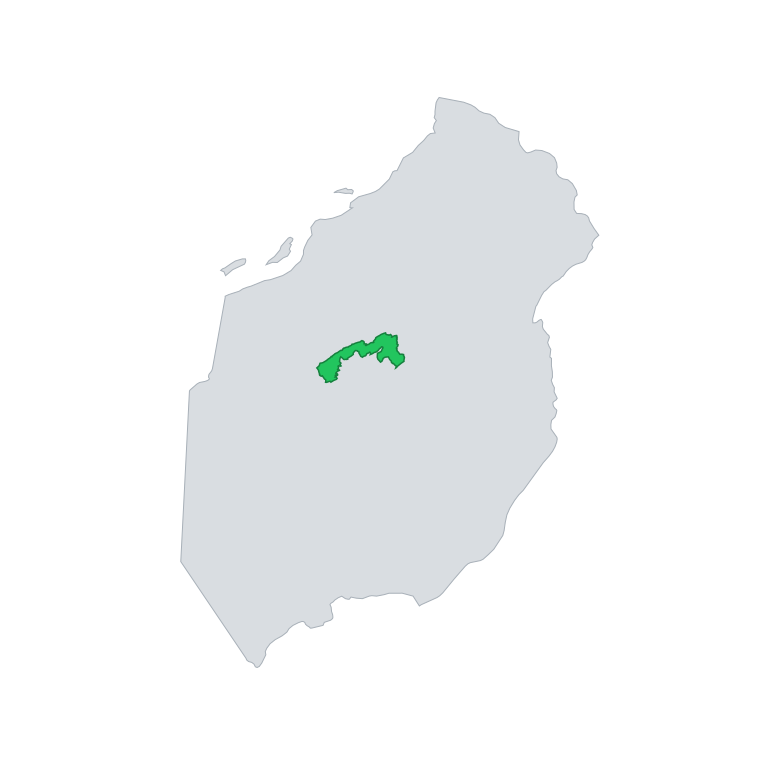 location of Chamwino, Dodoma, United Republic of Tanzania, rotated 236°
{"feature_id": "72390352B28140161055022", "entity_name": "Chamwino", "entity_type": "district", "adm_level": 2, "iso_a3": "TZA", "parent_name": "United Republic of Tanzania", "parent_adm1": "Dodoma", "projection": "equal_earth", "projection_center": [35.821, -6.232], "detail": "fine", "context": "in_parent", "style": "filled", "palette": "green", "viewbox_px": 768, "rotation_deg": 236, "n_neighbors": 0, "source": "geoboundaries", "source_scale": "gbopen_adm2", "svg_char_len": 9380}
<svg xmlns="http://www.w3.org/2000/svg" viewBox="0 0 768 768"><g transform="rotate(236 384 384)"><path d="M311.6,537.2L305.5,533.0L300.0,530.4L295.5,527.5L293.5,524.7L289.3,523.6L285.7,523.2L282.3,520.6L275.3,519.6L274.6,517.9L274.4,514.0L273.2,513.0L270.7,512.0L268.0,512.1L266.3,512.6L265.3,512.4L263.1,510.1L261.0,507.2L260.2,502.6L257.0,499.6L253.3,497.3L243.1,497.5L241.5,496.8L239.1,494.5L236.3,490.6L234.0,486.2L231.9,480.3L229.8,472.2L218.0,440.0L216.8,433.9L214.5,427.2L210.7,418.9L206.8,412.7L201.4,407.1L195.3,401.6L192.0,397.8L185.6,382.6L184.3,375.5L183.3,368.2L183.7,365.2L187.6,355.7L188.0,353.0L187.5,349.4L185.5,341.9L183.0,332.7L178.0,316.0L177.3,311.8L177.3,308.6L180.2,291.6L180.2,289.2L191.9,289.5L200.4,282.1L207.8,271.0L209.3,266.3L212.3,259.2L215.3,255.6L216.4,253.2L218.1,246.1L222.0,241.2L225.8,237.5L225.0,234.9L225.6,233.9L227.6,232.0L231.7,230.3L232.4,226.6L232.4,222.4L231.8,220.0L231.9,217.3L231.3,215.8L228.6,215.4L224.7,213.3L221.4,212.4L219.2,211.2L218.3,210.2L218.0,207.7L219.8,201.2L218.0,198.5L222.0,187.7L222.8,186.4L224.3,186.2L226.6,185.1L228.8,184.6L230.6,185.0L231.9,184.5L233.0,183.3L234.0,179.6L234.8,173.5L234.3,168.5L232.6,164.7L232.2,158.8L232.9,150.9L232.4,144.4L230.5,139.1L228.6,136.0L225.6,134.6L221.0,126.6L219.6,122.7L219.9,120.3L221.5,119.2L224.4,119.6L227.1,118.7L229.7,116.5L232.2,115.8L233.6,116.2L350.4,116.2L487.0,218.8L487.5,220.0L488.6,228.9L488.4,231.9L486.3,236.9L485.6,239.6L485.6,241.5L486.1,242.2L487.9,242.4L489.4,243.7L490.0,244.6L491.2,248.4L492.7,250.4L544.4,300.6L545.6,301.4L544.9,305.6L541.9,315.8L541.8,320.1L540.6,325.1L539.5,328.4L536.5,342.8L534.0,348.2L530.5,360.8L530.0,370.4L531.8,377.2L532.5,383.5L536.5,389.7L539.7,391.9L541.9,394.8L545.7,401.2L547.8,407.7L554.7,410.9L557.4,418.2L556.4,423.2L553.2,427.3L550.2,434.1L547.8,442.9L547.7,456.4L549.3,454.3L552.9,457.6L553.4,467.6L549.6,479.1L548.4,484.5L548.2,489.2L550.9,503.0L555.0,510.0L554.7,512.2L553.6,514.1L560.6,526.5L560.0,537.3L562.6,545.8L563.7,553.1L565.4,558.7L565.7,562.5L563.5,566.8L568.7,567.9L571.7,571.4L573.1,574.7L576.8,574.6L578.8,576.9L581.6,578.8L588.0,584.4L589.7,587.2L590.7,589.9L573.1,607.6L566.7,612.2L562.2,614.3L557.3,615.5L552.7,618.3L548.4,622.6L542.8,624.9L536.0,624.9L528.9,627.9L517.7,637.1L511.2,632.0L506.1,630.4L500.2,630.6L496.6,631.2L495.3,632.3L494.2,635.4L493.2,640.5L489.3,645.4L482.6,650.1L476.3,651.9L470.6,650.7L466.8,648.7L464.8,646.0L461.8,644.7L457.9,645.0L454.1,646.9L450.5,650.6L444.8,652.2L436.9,651.7L432.7,649.9L432.1,646.8L428.7,643.3L422.4,639.2L417.7,639.1L414.8,643.0L412.0,645.5L409.6,646.5L407.4,646.6L404.2,645.5L395.5,645.1L387.2,645.3L386.4,639.6L384.7,636.1L383.2,634.1L380.4,633.5L379.6,631.9L378.6,628.4L377.2,625.4L375.4,622.9L374.2,620.6L373.9,618.4L374.1,616.1L375.9,610.2L376.4,606.2L376.2,602.1L375.3,597.9L373.3,592.9L373.5,591.5L372.8,588.1L372.8,585.7L373.1,582.7L372.8,578.8L371.1,570.4L371.1,568.3L369.3,564.2L363.8,554.6L363.5,553.4L354.9,543.7L351.5,541.6L350.2,543.4L349.8,545.1L350.1,548.2L349.9,549.7L349.6,550.4L347.5,550.3L346.2,550.0L343.0,547.4L340.4,546.7L334.1,547.2L331.9,547.8L330.2,547.2L326.8,542.8L322.9,541.9L319.4,541.6L313.6,536.6L311.6,537.2ZM555.7,375.7L558.5,386.3L558.1,388.3L556.1,389.5L555.1,389.6L553.8,387.9L553.0,384.3L551.4,385.2L548.8,380.9L546.3,380.7L544.0,375.6L544.9,371.1L544.4,363.5L547.2,359.6L548.8,353.0L550.6,357.5L550.9,364.5L553.3,372.7L555.7,375.7ZM569.5,312.1L569.8,314.6L569.2,317.0L569.3,324.6L569.1,329.6L566.9,336.6L565.2,339.1L563.6,338.4L562.4,337.2L561.4,335.3L563.4,322.5L562.4,313.2L566.4,314.1L569.5,312.1ZM563.4,465.9L561.4,466.5L560.6,465.9L559.4,463.8L561.5,462.0L563.6,458.6L568.5,453.5L570.7,449.4L570.4,453.4L567.6,462.0L565.3,462.6L563.4,465.9Z" fill="#d9dde1" stroke="#a8b0b8" stroke-width="1"/><path d="M423.0,358.5L425.0,358.6L425.3,359.9L425.7,360.0L426.1,360.0L427.0,359.6L427.5,359.6L427.7,359.8L428.3,360.4L428.4,360.6L429.2,361.1L429.6,361.6L429.8,361.9L430.0,362.1L430.4,362.6L430.4,362.9L430.7,363.3L429.2,363.9L428.1,364.1L427.0,364.3L426.7,364.5L426.4,364.8L426.3,365.3L426.2,365.4L425.8,366.1L425.6,366.3L425.3,366.7L425.2,366.9L425.3,367.0L425.1,367.2L424.9,367.8L425.4,367.9L425.6,368.1L425.7,368.3L425.7,371.0L425.5,371.9L425.7,375.0L425.8,375.2L426.7,375.6L427.0,376.0L427.4,377.4L427.8,378.9L427.5,379.3L426.5,380.5L426.2,380.4L425.9,380.3L424.9,381.3L424.7,381.2L424.0,380.7L423.7,380.5L423.1,380.6L422.3,380.4L421.4,380.4L420.9,380.3L420.0,380.2L419.5,380.4L419.0,380.8L418.3,381.0L418.3,382.3L418.2,382.9L418.2,383.3L417.7,384.5L418.0,385.4L418.3,386.0L418.8,386.7L418.5,388.0L418.3,388.6L418.4,389.2L418.4,390.1L417.5,390.1L416.7,389.9L416.5,389.7L416.1,389.1L415.7,391.1L415.6,392.4L415.7,392.9L415.6,393.5L415.1,395.0L414.9,395.9L415.0,396.5L415.0,397.5L415.7,399.7L415.8,400.3L415.8,401.0L415.8,401.4L416.2,402.7L416.2,402.8L415.5,403.5L415.3,403.6L414.9,403.5L414.6,403.3L414.2,402.8L413.9,402.0L413.0,400.7L412.6,400.0L412.5,399.7L412.7,398.5L412.7,397.6L413.1,395.8L412.6,395.3L412.0,394.9L410.0,393.4L408.7,393.0L407.9,392.8L406.5,393.0L406.1,393.2L405.7,393.2L405.4,393.1L404.7,393.3L404.1,393.3L404.0,393.9L404.1,394.5L404.0,394.9L404.1,395.1L404.4,395.6L404.6,395.9L405.0,396.8L405.5,397.2L405.7,397.6L405.7,398.0L405.7,398.5L405.7,399.1L405.7,399.7L404.6,401.9L404.4,402.1L404.0,402.8L401.1,402.4L400.2,402.6L399.8,402.8L399.0,402.8L398.6,402.6L398.1,402.6L397.6,402.2L395.9,402.8L396.0,403.1L395.2,403.4L394.1,403.6L393.3,403.6L392.1,404.2L391.9,404.1L391.5,403.8L390.7,402.7L390.7,403.6L391.2,405.3L391.6,409.9L391.6,413.2L391.8,413.4L392.7,413.8L392.8,413.9L393.1,414.4L393.7,414.8L393.9,415.2L394.3,415.3L394.7,415.9L394.8,415.9L395.2,416.0L395.4,415.9L395.7,416.0L396.2,416.0L396.6,416.3L397.3,416.6L397.5,416.7L397.8,416.4L397.9,416.2L398.0,415.9L398.3,415.8L398.5,415.8L398.7,415.6L398.7,415.4L398.9,415.1L399.3,414.6L399.5,414.0L399.8,413.7L400.1,413.7L400.5,413.8L400.8,413.7L401.6,413.7L401.9,413.8L402.0,413.8L403.1,413.5L403.5,413.4L403.9,413.3L404.1,413.3L404.3,413.6L404.6,413.7L404.9,413.5L405.0,413.5L405.3,413.9L405.6,413.9L405.7,414.0L405.9,414.5L406.1,414.5L406.5,414.2L406.9,414.4L407.1,414.6L407.3,415.0L407.5,416.0L407.6,416.3L408.0,416.9L408.3,417.0L408.6,417.0L408.5,417.3L408.6,417.6L408.9,417.6L409.1,417.4L409.2,417.5L409.6,417.2L409.9,417.2L410.1,417.1L410.2,417.3L410.4,417.4L410.8,418.1L411.3,418.0L411.6,418.4L411.7,418.5L412.0,418.4L412.2,418.5L412.4,418.6L412.7,418.5L412.9,418.7L413.1,419.1L413.3,419.3L413.4,419.5L413.9,420.0L414.4,420.1L414.7,420.5L414.8,420.4L414.8,420.2L414.9,420.3L415.0,420.6L415.3,420.5L415.3,420.8L415.6,420.9L415.9,421.2L416.2,421.1L416.6,421.4L416.7,421.2L416.9,421.4L417.0,421.4L417.2,421.5L417.5,421.1L417.7,420.4L418.2,419.5L418.3,418.2L418.3,417.7L418.4,417.0L418.5,416.8L418.6,417.0L419.2,417.4L420.3,417.2L420.7,417.3L421.1,417.2L421.4,417.1L421.6,415.7L421.7,415.3L422.4,415.0L422.7,414.6L422.9,414.3L423.3,414.0L423.9,413.5L424.2,413.5L424.6,413.6L425.5,413.9L426.2,411.8L426.2,411.5L426.7,409.5L426.7,407.1L426.9,406.2L426.9,405.7L427.0,404.5L427.0,403.2L426.9,403.0L426.7,402.7L426.2,402.4L426.0,401.6L425.7,400.8L425.4,399.3L425.2,398.9L424.6,398.8L424.3,398.8L424.3,398.6L424.4,398.0L424.6,397.7L425.0,397.1L425.4,396.7L425.5,396.4L425.6,394.8L425.4,394.1L425.5,393.7L425.7,392.6L425.9,392.2L425.9,391.4L425.9,391.1L425.9,390.7L426.0,390.5L426.4,390.4L426.6,391.2L426.8,391.6L427.0,391.8L428.5,390.0L428.8,390.3L429.9,391.0L431.0,390.9L431.5,390.4L432.1,390.1L432.3,390.0L432.3,389.8L432.4,388.5L432.4,388.0L432.3,387.6L432.3,387.3L432.7,386.5L433.0,386.0L433.5,384.1L433.8,383.3L434.1,381.6L434.1,380.9L434.9,379.8L434.4,378.9L434.4,378.7L434.5,377.5L434.8,376.1L434.8,375.8L434.6,375.1L435.0,374.5L435.7,372.8L435.8,372.3L435.8,371.4L436.0,371.3L436.1,371.0L436.2,370.9L436.3,370.4L436.1,369.8L435.9,369.7L436.0,369.2L435.9,369.1L435.8,368.7L435.4,368.4L435.4,368.1L435.7,367.3L436.1,366.9L436.1,365.3L436.0,362.8L436.3,361.8L436.4,361.2L436.5,360.2L436.3,359.2L436.3,358.2L436.2,358.0L436.2,356.8L436.1,356.3L435.8,356.1L436.3,355.5L435.9,354.5L435.9,353.8L435.8,353.5L435.8,353.1L435.9,352.0L435.8,351.0L435.8,350.4L435.6,349.6L435.7,348.5L435.7,347.8L435.8,347.2L435.8,345.6L436.3,344.0L436.6,343.5L437.0,342.7L436.4,341.7L435.7,341.0L435.3,340.0L434.9,337.3L433.6,337.4L432.8,337.4L432.3,337.4L431.5,337.2L430.9,336.9L429.0,336.3L428.6,336.2L428.4,336.1L428.2,336.2L427.7,335.9L427.7,335.7L427.4,335.6L427.2,335.6L427.1,335.8L426.9,335.7L426.6,335.8L426.3,336.1L425.7,336.2L425.4,336.6L425.2,337.5L424.7,337.4L423.3,337.5L422.3,337.5L421.9,337.4L421.3,337.5L420.5,337.9L420.3,338.0L420.1,338.0L419.9,337.9L419.0,337.4L418.1,336.5L417.7,336.9L417.4,337.6L416.9,339.5L416.5,340.7L416.2,340.9L415.2,341.0L415.2,341.9L415.1,342.6L415.1,343.7L415.0,344.7L414.5,347.0L414.6,347.6L414.9,348.3L415.4,348.1L416.0,348.4L416.5,348.4L417.1,347.4L417.3,347.9L417.6,348.3L418.2,348.3L418.4,348.5L418.2,348.9L418.0,349.2L417.3,349.8L417.3,350.1L417.3,350.5L418.0,351.0L418.4,351.0L418.8,350.7L419.2,350.1L419.4,349.9L419.6,349.9L419.9,350.2L420.1,350.5L420.2,351.0L420.4,351.7L420.5,352.6L420.5,353.1L420.3,353.8L420.2,354.8L420.2,355.4L420.4,355.0L421.4,353.9L421.8,353.6L422.0,353.6L422.3,354.7L422.6,355.2L422.8,355.4L423.3,355.5L423.6,355.6L424.0,355.7L424.3,355.8L424.6,356.2L424.6,356.4L424.4,356.6L423.7,357.1L423.5,357.5L423.2,357.8L423.0,358.5Z" fill="#22c55e" stroke="#15803d" stroke-width="1.5"/></g></svg>